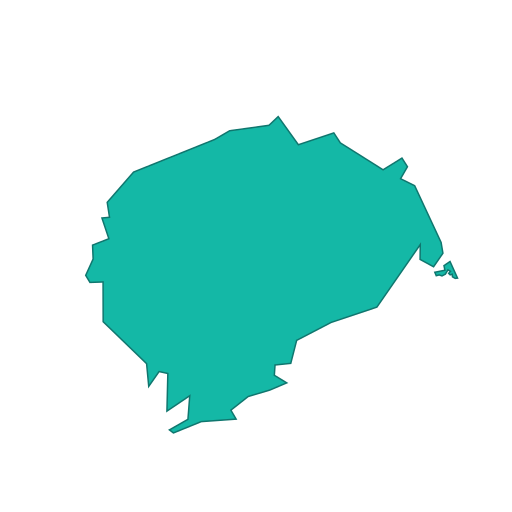 White, Tennessee, United States of America (Robinson projection), rotated 322°
{"feature_id": "52423323B94676857448045", "entity_name": "White", "entity_type": "district", "adm_level": 2, "iso_a3": "USA", "parent_name": "United States of America", "parent_adm1": "Tennessee", "projection": "robinson", "projection_center": [-85.426, 35.924], "detail": "fine", "context": "isolated", "style": "filled", "palette": "teal", "viewbox_px": 512, "rotation_deg": 322, "n_neighbors": 0, "source": "geoboundaries", "source_scale": "gbopen_adm2", "svg_char_len": 971}
<svg xmlns="http://www.w3.org/2000/svg" viewBox="0 0 512 512"><g transform="rotate(322 256 256)"><path d="M139.9,372.3L141.3,362.0L163.3,361.9L184.5,370.2L202.1,374.9L197.0,361.3L203.9,353.6L217.3,362.0L236.1,347.5L274.3,354.6L319.8,370.7L392.5,348.1L383.2,359.7L389.3,373.8L405.0,368.9L410.2,359.3L424.3,298.3L417.5,284.1L430.3,278.9L431.3,268.7L409.2,266.3L392.1,218.8L393.1,206.9L357.9,194.4L359.3,159.8L346.7,161.0L312.4,141.1L295.1,138.7L211.2,114.5L171.8,122.1L164.4,135.3L158.0,131.2L150.7,151.8L133.9,146.8L125.8,158.1L109.9,166.4L108.9,174.6L119.5,182.3L95.1,213.7L103.5,273.5L91.2,292.7L108.5,287.4L114.2,294.3L90.3,323.4L117.8,325.3L101.8,342.8L80.7,339.7L82.0,344.6L110.9,352.8L139.9,372.3ZM386.9,378.9L385.9,382.5L388.7,383.7L390.3,386.2L394.1,386.9L398.7,385.1L399.8,387.8L397.1,388.3L397.4,390.4L399.4,391.1L398.0,393.4L399.2,396.3L401.2,397.5L405.5,379.8L398.2,379.3L396.1,383.5L386.9,378.9Z" fill="#14b8a6" stroke="#0f766e" stroke-width="1.5"/></g></svg>